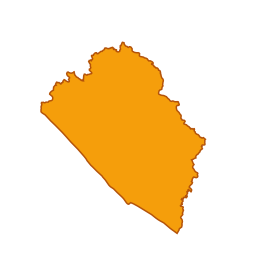 outline of Mahanoro, Atsinanana, Madagascar, rotated 114°
{"feature_id": "10022922B42807663031303", "entity_name": "Mahanoro", "entity_type": "district", "adm_level": 2, "iso_a3": "MDG", "parent_name": "Madagascar", "parent_adm1": "Atsinanana", "projection": "mercator", "projection_center": [48.476, -20.043], "detail": "fine", "context": "isolated", "style": "filled", "palette": "amber", "viewbox_px": 256, "rotation_deg": 114, "n_neighbors": 0, "source": "geoboundaries", "source_scale": "gbopen_adm2", "svg_char_len": 5695}
<svg xmlns="http://www.w3.org/2000/svg" viewBox="0 0 256 256"><g transform="rotate(114 128 128)"><path d="M148.6,214.0L149.2,212.4L149.7,209.0L152.9,201.6L155.1,195.5L158.8,186.1L161.3,180.4L164.0,174.6L167.7,165.3L171.6,156.9L173.1,154.0L174.6,151.9L177.2,146.7L177.8,144.9L180.1,139.0L182.4,132.2L183.1,131.1L184.7,127.6L188.0,122.2L188.8,120.2L189.4,116.5L191.3,111.7L193.4,105.6L194.4,103.2L197.0,98.9L197.5,97.5L197.3,96.3L195.1,95.2L195.0,92.4L195.4,87.3L197.5,71.3L198.9,66.0L199.5,63.0L199.8,60.5L200.1,56.8L202.6,48.3L204.3,40.3L200.5,39.9L199.8,40.1L198.9,40.0L196.6,38.7L194.4,39.2L194.0,39.7L191.4,40.2L190.0,41.1L189.3,42.0L188.7,43.2L188.3,43.5L187.4,43.5L185.0,42.8L184.4,42.9L183.7,43.7L182.1,43.7L181.2,44.0L180.5,43.9L179.7,45.0L179.1,45.2L178.0,45.3L177.8,45.4L177.6,46.4L178.0,48.1L177.8,48.4L177.5,48.5L176.8,48.1L176.1,48.1L175.6,47.4L175.2,47.5L175.1,48.3L174.9,48.5L172.3,48.0L171.7,48.7L171.8,49.8L171.6,50.2L170.5,50.1L170.4,50.0L170.4,49.3L170.3,48.7L169.7,48.7L168.9,49.0L168.4,48.1L167.9,46.5L167.7,46.6L167.2,47.7L166.4,47.7L166.3,47.4L166.4,47.1L167.0,46.3L166.7,46.0L165.0,47.2L163.3,47.1L162.4,48.2L162.0,48.1L161.6,47.3L161.3,47.3L160.4,48.0L159.8,47.9L159.6,47.8L159.6,47.5L160.3,46.1L160.2,45.4L160.7,44.6L160.6,44.4L159.2,44.5L158.5,44.8L157.7,46.2L157.4,47.6L157.1,48.0L156.7,48.1L156.0,47.9L155.4,47.9L153.1,46.9L151.6,46.9L151.3,47.1L151.2,48.1L151.1,48.3L149.5,48.1L148.7,48.6L147.8,48.3L146.8,48.4L146.0,47.9L145.9,46.6L145.6,45.4L144.7,44.6L144.0,44.5L143.1,45.0L142.5,45.7L141.5,45.7L141.0,45.8L140.7,46.4L140.6,48.1L140.3,49.0L139.9,49.8L138.9,51.0L138.0,52.7L137.1,53.2L135.6,53.2L134.6,52.8L134.4,53.0L134.0,53.8L132.6,55.4L132.2,55.6L131.2,57.0L130.2,55.9L128.6,54.8L127.7,53.8L126.7,54.5L125.4,54.5L124.0,54.0L123.6,53.5L123.3,53.4L121.8,53.1L120.6,52.6L119.3,52.8L118.4,52.6L117.6,52.0L116.7,51.6L116.2,52.3L115.9,52.5L115.0,52.7L114.9,53.4L113.5,53.3L113.1,52.8L112.6,51.6L111.9,51.0L110.6,51.6L109.9,52.1L108.8,52.4L108.3,52.8L107.2,52.8L106.8,52.7L106.6,53.8L106.1,55.1L106.2,55.4L107.1,56.2L106.9,57.3L107.2,58.1L106.7,58.9L106.4,59.6L106.0,60.0L105.5,61.4L105.7,62.7L105.5,63.5L105.1,64.5L104.3,65.0L103.7,66.4L102.1,66.8L101.7,67.2L101.7,67.4L102.6,68.1L102.5,69.3L103.3,70.1L103.4,70.5L103.2,70.8L102.7,71.0L102.6,71.8L102.0,72.8L101.9,74.4L101.3,75.9L101.5,78.5L101.0,78.9L100.7,78.9L98.8,78.5L98.5,78.7L98.1,79.6L98.7,81.8L98.1,82.5L97.8,83.4L97.4,83.8L96.3,84.0L94.8,84.7L94.0,86.4L93.1,87.6L92.0,90.5L90.8,91.5L89.1,92.5L87.8,92.4L87.2,92.0L86.7,90.9L86.2,90.7L85.8,90.7L84.6,91.7L84.1,92.6L83.7,92.7L83.8,93.5L84.6,95.0L85.0,96.3L85.0,97.7L85.4,98.6L86.0,99.2L86.1,100.0L85.9,100.9L85.1,102.1L84.9,103.2L83.8,105.7L83.8,108.5L84.4,110.5L84.6,111.8L84.5,113.7L83.7,114.3L81.7,114.7L80.4,114.4L79.8,113.7L78.9,112.9L76.9,113.5L75.3,113.2L74.6,113.9L71.9,114.7L70.6,114.9L69.8,115.3L68.9,116.3L68.6,117.3L67.6,118.4L67.0,118.8L66.4,119.4L65.9,119.6L65.4,120.3L65.2,120.2L64.7,120.7L64.2,121.0L64.0,120.9L63.8,121.0L62.7,122.1L62.6,122.8L62.8,123.5L61.8,124.4L61.4,125.2L61.3,125.8L61.8,126.9L61.4,127.3L61.4,128.2L61.2,128.5L61.3,129.2L60.6,129.7L60.4,130.0L60.2,130.7L60.2,132.3L59.7,132.5L59.4,132.3L59.1,132.0L58.8,131.4L58.6,131.4L58.4,131.4L57.8,132.4L57.6,133.4L57.6,135.2L58.2,136.1L58.2,136.3L58.0,137.0L57.0,138.5L56.9,140.1L57.3,141.7L57.0,142.2L57.0,142.9L57.7,145.9L57.4,147.0L55.3,147.7L55.0,148.3L55.1,149.4L55.6,150.3L56.3,152.8L56.1,155.1L55.7,155.7L53.9,156.5L52.9,158.2L53.0,159.4L53.2,159.8L54.3,160.5L54.3,160.9L53.9,162.0L54.1,163.2L54.0,163.8L52.8,165.7L51.8,166.2L51.7,166.6L51.9,166.9L51.9,167.8L52.1,168.0L53.0,168.1L55.0,167.9L55.8,168.5L56.2,168.1L57.1,168.2L59.0,166.9L59.7,166.9L60.2,167.2L61.3,166.8L62.2,167.5L62.6,168.1L62.7,169.5L62.4,170.2L61.6,170.1L61.4,170.2L61.3,170.5L61.5,170.9L61.4,171.3L61.7,171.6L61.7,172.2L62.1,173.1L61.6,173.5L61.2,173.1L60.9,173.7L61.1,174.1L60.6,174.8L60.7,175.1L61.1,175.3L61.4,175.6L61.4,176.1L62.5,176.7L62.6,177.2L63.4,177.7L63.4,178.3L63.8,179.1L63.8,180.4L64.3,181.5L64.8,181.8L65.3,181.5L66.1,181.6L67.4,182.5L68.3,182.7L68.6,182.9L68.8,183.7L69.2,184.0L72.4,185.7L72.7,186.7L72.1,187.2L72.1,187.5L72.7,188.5L74.7,189.3L75.6,189.2L76.0,190.0L76.5,190.7L77.0,190.7L77.4,190.3L77.7,189.6L78.1,189.6L78.8,188.9L78.9,188.6L79.5,188.4L79.9,188.4L80.6,189.0L81.4,188.8L81.6,188.9L81.2,189.8L81.5,189.9L82.1,190.9L82.5,190.9L82.8,190.6L83.3,190.9L84.3,189.7L85.3,188.1L86.8,187.6L87.9,186.6L89.0,186.5L89.4,186.7L89.9,187.2L90.8,186.9L91.6,185.2L91.8,184.4L92.2,183.7L92.7,183.4L93.2,183.5L94.2,184.8L94.8,185.2L95.6,186.7L96.4,187.0L96.5,187.7L96.3,189.2L96.6,189.8L98.3,189.7L101.6,188.5L102.0,188.9L102.3,188.7L103.0,187.8L103.2,188.1L103.5,189.6L103.1,190.4L103.4,190.9L102.8,192.0L102.9,192.8L102.3,194.5L102.4,195.8L101.2,197.9L101.1,198.3L98.6,200.1L98.8,200.3L99.8,200.7L101.0,202.1L101.3,203.1L101.4,204.6L101.2,205.3L101.7,206.1L103.1,206.2L103.9,205.7L104.8,204.7L105.6,202.0L106.4,201.7L107.7,202.1L108.8,200.8L109.4,200.6L110.0,200.9L110.3,201.9L110.2,203.9L109.8,205.2L109.8,206.0L111.8,206.5L112.7,206.1L113.2,206.3L113.8,207.1L114.0,207.2L114.4,207.0L114.9,207.1L115.2,207.6L114.7,208.9L114.5,209.6L115.2,210.4L115.0,211.4L115.2,211.9L116.3,212.0L116.8,211.8L117.1,212.0L117.6,211.6L118.3,211.8L118.4,211.5L118.6,212.0L121.0,212.6L121.4,212.3L122.8,212.0L123.8,211.5L124.9,212.4L126.0,213.0L127.3,213.5L128.5,213.5L129.0,213.3L130.0,209.9L131.2,208.9L132.7,208.5L133.3,208.6L134.2,209.2L135.5,211.1L136.6,211.3L136.9,211.6L137.6,213.2L138.0,213.7L138.6,214.0L138.9,214.5L139.0,216.0L139.5,216.2L139.6,217.1L140.0,217.3L140.5,217.3L141.7,216.3L144.1,216.0L145.4,215.2L146.7,214.9L148.6,214.0Z" fill="#f59e0b" stroke="#b45309" stroke-width="1.5"/></g></svg>